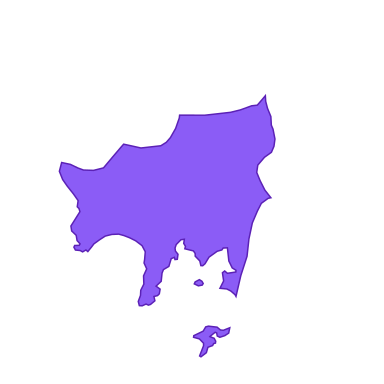 the district of Unryul, Hwanghae-namdo, North Korea, rotated 220°
{"feature_id": "82179303B17598108149664", "entity_name": "Unryul", "entity_type": "district", "adm_level": 2, "iso_a3": "PRK", "parent_name": "North Korea", "parent_adm1": "Hwanghae-namdo", "projection": "albers", "projection_center": [125.137, 38.511], "detail": "fine", "context": "isolated", "style": "filled", "palette": "violet", "viewbox_px": 384, "rotation_deg": 220, "n_neighbors": 0, "source": "geoboundaries", "source_scale": "gbopen_adm2", "svg_char_len": 2288}
<svg xmlns="http://www.w3.org/2000/svg" viewBox="0 0 384 384"><g transform="rotate(220 192 192)"><path d="M267.3,188.8L275.1,184.7L275.2,180.5L275.3,168.1L275.3,161.9L275.3,153.6L281.3,145.3L289.2,139.1L295.0,137.0L302.9,135.0L310.8,130.8L306.9,122.6L299.1,118.4L291.3,116.3L281.5,114.3L273.7,112.2L270.4,106.9L268.0,106.7L265.2,104.9L262.9,88.1L259.1,84.8L252.9,84.4L248.8,80.9L244.4,80.3L244.1,78.7L247.5,75.6L247.0,73.8L244.0,72.6L240.0,75.3L237.3,75.8L236.0,79.4L233.5,79.4L233.6,85.3L233.8,89.2L232.1,96.0L230.1,102.5L226.1,108.0L221.1,112.6L216.1,114.9L210.5,116.8L203.8,118.4L195.8,118.8L189.4,116.2L184.9,109.8L183.1,106.8L177.3,104.0L175.2,96.6L169.7,90.5L168.1,83.8L165.0,79.7L162.8,73.6L159.3,71.1L157.0,72.8L155.2,76.6L153.5,77.1L152.7,77.3L151.5,79.2L150.5,84.8L154.0,87.5L151.8,90.5L151.6,93.0L154.0,97.1L159.0,96.8L158.2,103.8L162.8,110.6L164.0,114.2L161.9,120.1L165.1,127.6L163.5,130.6L161.6,129.3L160.0,131.0L162.7,135.3L166.7,136.1L169.0,138.2L170.3,141.6L169.8,148.3L167.5,150.9L165.3,147.3L162.1,146.2L161.0,143.9L153.0,147.8L150.0,146.9L148.3,144.9L141.7,144.2L137.9,141.3L136.4,142.4L135.9,145.4L137.1,153.0L134.6,162.8L131.9,166.8L132.1,169.1L129.0,172.0L119.4,162.8L112.4,159.7L108.0,160.3L107.0,158.9L112.6,152.5L116.2,152.5L116.8,149.7L110.6,144.2L108.7,136.2L103.0,140.1L101.2,140.5L98.7,141.1L93.0,141.0L91.2,140.3L100.9,159.4L108.5,178.1L118.2,192.6L125.9,207.1L129.7,219.6L131.6,227.9L129.6,236.1L127.9,238.3L137.4,240.3L147.2,244.5L155.0,248.6L158.9,254.9L158.8,265.2L156.7,273.5L158.6,279.7L162.5,285.9L170.3,292.2L174.2,294.2L180.1,300.5L187.9,304.6L193.8,308.8L197.7,312.9L197.7,308.8L197.8,300.5L201.7,296.4L207.7,286.0L213.7,277.8L221.6,269.5L231.5,259.1L250.9,242.9L249.3,240.5L245.4,230.2L243.5,219.8L243.6,213.6L245.6,207.4L251.5,201.2L259.4,192.9L267.3,188.8ZM86.0,83.6L85.3,82.8L84.3,81.6L80.8,71.3L79.2,71.5L77.7,78.1L80.0,83.3L77.5,87.6L78.0,89.8L76.9,91.3L77.9,92.9L81.0,94.2L85.3,92.7L85.3,93.4L84.1,99.4L82.5,99.9L80.1,97.9L77.3,98.6L74.5,103.1L73.2,107.5L75.8,112.3L79.1,106.2L81.5,104.6L85.3,104.6L85.9,104.6L93.2,99.8L94.8,97.5L94.0,92.6L98.3,83.1L97.4,81.7L91.9,84.2L86.0,83.6ZM130.0,129.6L131.8,125.2L131.2,123.1L126.8,124.2L124.3,127.3L124.6,129.1L127.0,130.0L130.0,129.6Z" fill="#8b5cf6" stroke="#5b21b6" stroke-width="1.5"/></g></svg>